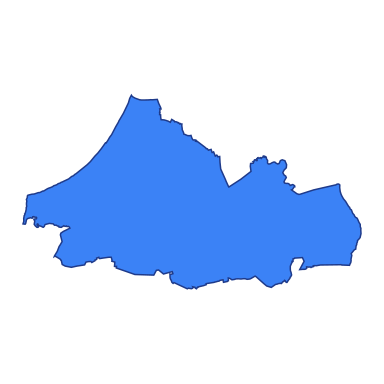 outline of Kombo North, Banjul, Gambia
{"feature_id": "56634734B65078205245432", "entity_name": "Kombo North", "entity_type": "district", "adm_level": 2, "iso_a3": "GMB", "parent_name": "Gambia", "parent_adm1": "Banjul", "projection": "orthographic", "projection_center": [-16.683, 13.381], "detail": "fine", "context": "isolated", "style": "filled", "palette": "blue", "viewbox_px": 384, "rotation_deg": 0, "n_neighbors": 0, "source": "geoboundaries", "source_scale": "gbopen_adm2", "svg_char_len": 5954}
<svg xmlns="http://www.w3.org/2000/svg" viewBox="0 0 384 384"><path d="M341.6,265.0L349.5,265.3L350.3,263.3L350.7,262.8L351.1,260.8L351.0,259.2L351.8,255.4L351.2,253.5L352.2,252.4L354.5,249.6L355.7,249.2L356.1,245.8L356.7,244.7L356.7,243.6L357.4,241.9L357.5,240.6L359.1,238.9L360.1,237.6L361.0,233.7L360.8,229.9L360.9,228.3L360.3,226.8L360.2,224.3L359.0,222.4L357.5,218.9L356.8,217.9L355.6,217.4L354.7,216.3L354.2,215.0L352.7,213.3L351.4,209.9L350.1,208.9L349.6,207.3L348.7,206.6L345.6,201.4L343.5,198.9L341.9,196.1L341.0,194.1L340.2,191.5L339.7,187.7L339.8,185.0L339.6,184.7L338.8,184.1L338.2,184.0L337.3,184.1L336.5,184.4L335.7,185.0L335.1,185.0L313.7,189.9L299.9,194.3L298.6,194.4L298.4,194.2L297.0,193.8L291.5,189.9L292.5,189.4L294.3,186.7L294.8,186.7L294.6,185.7L292.9,184.6L292.2,184.6L291.2,185.2L290.2,185.5L289.9,184.7L288.9,183.9L287.9,183.4L286.2,183.4L284.5,183.0L284.0,181.9L284.8,180.0L286.3,177.6L285.7,176.1L284.2,175.1L282.8,172.7L284.0,170.2L286.3,167.8L286.6,164.7L284.9,160.7L282.2,159.8L280.4,160.6L279.1,163.5L277.7,164.0L275.5,162.8L274.9,162.1L273.6,162.1L272.1,162.7L270.6,163.6L269.0,164.1L268.0,163.7L267.5,163.0L267.6,160.4L266.5,158.9L266.3,157.6L266.0,156.9L265.2,156.5L265.2,157.1L265.0,157.3L264.6,157.2L263.9,156.1L263.6,156.0L263.2,156.1L263.1,156.4L263.0,157.2L262.1,157.5L261.8,157.8L261.2,158.5L260.9,158.2L260.9,157.8L260.7,157.6L260.1,157.7L259.9,158.0L259.2,158.1L258.5,158.1L258.1,157.6L257.6,157.8L257.4,158.6L256.8,158.7L256.9,159.9L257.1,160.2L257.1,160.5L256.4,160.6L255.3,159.7L255.0,159.9L254.5,159.9L254.0,160.9L253.9,161.5L253.1,161.6L253.6,162.2L253.2,163.2L250.6,163.5L250.3,166.3L251.0,171.4L240.9,179.2L228.9,187.0L228.3,186.1L225.9,180.8L225.5,179.7L220.7,169.0L220.0,162.4L219.7,156.5L217.8,156.8L217.5,156.0L216.8,155.1L215.3,156.1L213.6,151.9L212.6,152.4L212.1,152.5L211.1,149.4L208.4,150.2L207.4,148.8L206.4,148.7L206.4,148.4L205.9,148.2L205.3,147.5L196.9,141.1L196.7,141.5L195.5,141.2L195.8,140.1L194.9,139.9L193.3,140.0L192.8,139.7L191.9,138.1L191.0,135.4L189.5,135.7L187.6,135.6L184.6,134.3L183.8,134.1L183.6,132.8L182.2,129.6L182.2,128.4L181.8,125.8L181.9,124.0L180.0,124.0L180.2,123.5L178.2,123.0L178.3,122.6L175.9,121.7L174.6,121.8L174.3,121.0L171.7,119.4L170.3,122.3L168.3,121.2L165.9,120.4L164.0,119.9L161.1,119.7L160.7,117.3L160.6,114.8L159.6,114.6L159.7,112.9L160.0,112.8L160.0,112.3L159.6,112.2L160.0,110.2L159.7,108.9L161.0,108.9L160.7,107.7L158.7,103.4L157.3,99.4L152.1,99.8L150.8,99.7L148.9,99.9L144.8,100.0L141.4,100.0L139.7,99.8L135.2,98.2L133.4,97.2L132.2,96.4L131.4,95.2L129.7,98.4L128.4,102.9L123.4,113.3L118.8,121.1L118.5,122.0L115.7,126.8L111.6,134.7L109.7,137.2L107.8,140.5L106.1,143.0L105.5,142.8L101.5,148.4L97.9,153.0L94.9,156.1L90.4,161.6L87.1,164.8L75.8,173.9L75.1,174.2L73.3,175.8L71.6,176.5L68.7,178.9L66.6,179.9L64.0,181.1L62.2,182.0L61.1,182.3L60.3,183.0L58.1,183.7L57.0,184.6L55.0,185.4L54.0,185.6L52.5,186.7L50.4,187.6L48.6,188.2L47.3,188.8L44.2,190.7L43.3,191.1L42.6,191.1L40.5,192.2L39.5,192.6L38.4,192.6L34.2,194.0L31.9,194.2L27.9,195.2L27.3,196.1L27.4,196.9L27.0,198.4L26.4,199.4L26.8,201.1L26.5,203.0L26.5,204.8L26.7,206.3L26.3,207.6L26.1,207.9L26.3,208.8L25.7,211.6L25.1,213.5L24.7,213.9L24.9,214.3L24.5,215.3L24.1,215.8L24.0,217.1L23.7,218.3L23.8,221.3L23.0,223.9L24.2,224.1L25.3,224.1L25.7,223.4L26.5,219.7L27.5,218.6L30.7,217.7L31.6,218.1L32.5,218.1L32.8,218.0L32.7,216.8L33.8,216.6L34.8,217.2L36.2,217.2L36.6,217.6L36.5,218.6L36.2,218.9L35.1,218.9L34.4,219.1L33.9,219.7L34.7,220.6L34.7,221.4L34.2,224.3L35.3,225.9L36.9,227.3L38.0,227.3L38.5,226.8L38.3,226.0L37.6,225.5L37.1,224.8L37.2,224.1L37.5,223.9L38.0,224.1L38.4,225.0L39.1,225.7L40.9,226.2L43.1,227.3L43.5,227.2L44.4,226.2L44.7,225.2L45.2,224.5L49.4,223.4L53.3,223.9L54.4,225.2L56.3,225.2L57.4,226.0L58.7,226.2L58.9,227.0L60.5,227.3L61.5,227.3L62.3,226.6L63.0,226.4L63.8,225.7L65.1,226.4L66.5,226.0L67.0,226.6L68.4,226.4L69.4,227.1L69.9,228.2L63.4,231.4L60.8,233.2L60.4,234.9L62.1,241.6L60.0,245.2L59.1,246.5L57.3,251.3L54.5,255.9L54.3,256.5L54.6,256.3L55.6,256.4L60.0,259.0L60.8,259.9L60.9,260.3L61.3,260.5L62.2,264.5L65.2,266.1L71.4,267.3L76.9,266.1L84.6,264.9L86.0,262.1L88.5,261.6L90.9,261.5L91.8,262.5L95.0,260.7L95.1,259.9L95.9,259.8L96.5,259.4L96.8,259.1L96.6,258.1L98.8,257.3L99.1,258.2L99.3,258.4L99.7,258.6L102.6,258.1L108.4,257.3L110.7,257.2L111.3,257.3L111.4,257.9L112.0,260.1L111.8,261.2L114.8,262.1L114.5,266.4L115.5,266.5L116.5,266.4L116.3,268.0L134.9,274.5L153.8,275.1L156.4,270.3L158.6,270.0L163.5,274.0L172.2,271.6L172.9,273.7L171.4,274.2L169.9,274.1L170.0,274.5L170.0,277.1L170.3,278.7L171.5,281.0L171.7,282.0L172.3,282.7L173.1,283.4L174.0,282.6L187.3,288.8L188.4,288.2L191.4,288.7L192.3,288.4L193.2,287.6L193.1,287.1L192.9,286.8L195.0,287.3L195.3,288.2L196.5,288.8L196.8,288.5L197.0,287.8L197.3,287.5L197.8,287.4L197.7,287.1L198.2,286.9L203.7,285.6L206.2,284.7L206.1,283.7L206.9,283.5L214.0,282.4L215.0,282.0L215.4,282.0L218.2,281.2L218.8,281.2L219.6,280.8L219.9,280.4L223.0,279.8L223.5,282.3L227.3,281.5L227.4,281.2L228.4,280.8L228.3,278.0L229.8,278.4L231.9,279.8L234.1,279.5L236.1,278.9L238.3,278.8L241.0,279.0L243.4,278.7L245.3,278.7L246.0,279.0L247.1,279.3L249.2,279.1L250.4,278.8L255.1,276.1L256.2,276.8L263.8,283.6L266.7,286.0L271.3,287.4L275.6,284.4L277.3,284.1L278.1,283.7L280.4,283.3L281.2,283.6L281.7,283.3L282.2,282.4L283.0,281.7L283.3,281.7L283.7,281.5L284.5,280.3L285.1,280.6L285.3,281.3L286.3,282.4L287.0,282.4L287.2,282.1L288.4,280.2L289.8,278.5L290.2,277.2L290.7,276.8L291.6,275.0L291.0,272.2L290.5,271.0L290.3,269.2L290.3,266.2L291.8,262.7L292.1,262.5L292.0,261.4L293.0,261.4L293.1,258.8L294.2,258.6L294.5,258.4L294.6,258.1L302.4,257.6L304.1,261.3L299.7,269.6L303.4,269.3L303.9,269.4L305.3,269.2L306.1,268.8L306.7,268.3L306.6,266.9L307.4,266.9L308.2,267.1L309.4,267.0L310.6,267.1L311.0,267.5L311.4,267.2L313.3,266.6L313.0,266.3L313.1,265.9L314.1,265.6L316.4,265.7L320.3,265.0L341.2,264.7L341.6,265.0Z" fill="#3b82f6" stroke="#1e3a8a" stroke-width="1.5"/></svg>